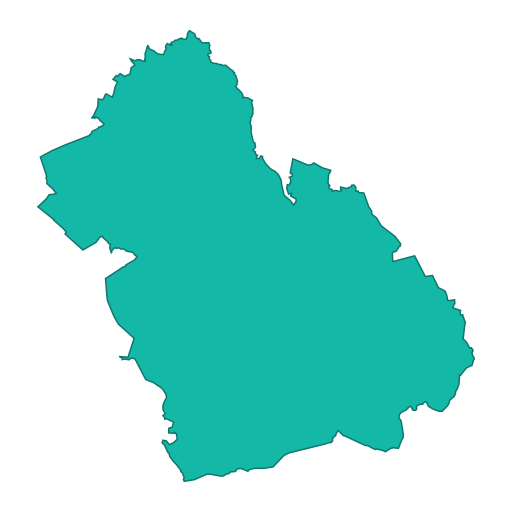 Tullamore Lea-7, Offaly, Ireland (Albers equal-area conic projection)
{"feature_id": "5873133B47279722730616", "entity_name": "Tullamore Lea-7", "entity_type": "district", "adm_level": 2, "iso_a3": "IRL", "parent_name": "Ireland", "parent_adm1": "Offaly", "projection": "albers", "projection_center": [-7.574, 53.293], "detail": "fine", "context": "isolated", "style": "filled", "palette": "teal", "viewbox_px": 512, "rotation_deg": 0, "n_neighbors": 0, "source": "geoboundaries", "source_scale": "gbopen_adm2", "svg_char_len": 5365}
<svg xmlns="http://www.w3.org/2000/svg" viewBox="0 0 512 512"><path d="M371.8,211.6L368.6,206.3L363.8,193.0L358.8,192.5L357.9,191.0L355.7,191.1L355.8,187.2L354.0,185.0L351.7,185.2L351.4,186.5L346.7,188.5L340.6,187.0L340.6,189.4L341.4,189.7L341.7,190.5L339.8,191.4L335.9,190.5L334.5,190.5L333.2,191.2L332.1,191.0L332.1,189.5L329.6,188.8L329.1,187.8L328.8,186.3L329.8,185.8L329.7,185.4L328.5,184.4L328.0,182.1L328.7,174.2L330.4,171.8L330.7,170.3L322.5,167.9L313.8,162.9L311.1,164.8L307.9,165.1L292.9,158.8L290.3,172.5L290.5,173.5L292.1,173.5L292.5,176.1L289.3,177.3L290.6,179.0L290.6,183.0L290.2,182.9L289.2,185.2L287.3,184.7L286.7,188.3L288.6,194.1L291.6,193.4L290.7,196.1L296.1,199.0L296.1,201.2L293.8,205.0L289.7,200.0L284.1,195.2L281.7,184.9L281.1,179.9L278.4,174.7L274.8,171.1L272.1,169.9L269.8,168.1L265.4,163.4L262.4,157.9L262.6,156.6L260.9,155.9L259.3,158.5L256.4,158.6L256.9,155.8L257.4,155.4L255.5,153.8L255.0,152.7L255.4,152.0L252.9,150.4L255.5,147.0L254.9,142.9L253.4,142.2L251.1,132.5L251.2,126.0L250.4,124.6L250.2,121.7L250.8,120.4L250.8,117.4L251.8,116.7L253.0,113.5L252.7,112.2L253.1,108.7L251.5,102.7L252.5,100.4L247.8,97.9L243.7,97.3L243.1,97.8L242.7,94.6L241.0,92.0L235.6,86.8L236.9,84.7L237.5,80.9L235.7,75.5L234.0,73.4L234.5,72.6L233.7,72.2L232.7,70.6L231.2,69.9L225.7,65.2L223.1,65.5L220.6,64.4L219.3,64.6L216.3,63.4L214.3,63.4L210.7,62.4L210.9,60.8L209.1,58.7L209.5,56.6L208.3,56.1L207.9,55.1L207.9,54.1L210.7,53.3L211.1,52.7L210.6,50.9L209.6,50.1L209.2,47.1L209.9,45.7L208.9,42.7L202.0,42.9L199.0,38.6L197.9,39.0L195.5,36.9L194.9,34.2L189.7,30.7L188.9,31.1L187.3,34.3L187.4,36.1L186.2,39.1L183.3,39.3L181.9,38.1L181.3,38.8L180.5,38.4L178.3,39.2L177.8,40.0L174.9,40.3L173.9,41.8L171.5,42.3L171.4,43.4L170.8,43.5L171.9,44.9L171.0,45.4L167.3,43.5L165.8,45.6L165.5,47.5L166.2,49.1L164.6,51.4L163.7,54.5L160.1,54.4L157.4,53.7L153.9,50.9L149.8,49.0L148.5,47.6L148.8,46.6L147.6,45.7L145.0,54.1L145.3,56.4L144.7,59.8L145.4,61.2L142.5,61.0L140.2,59.8L137.2,59.7L134.8,60.8L130.3,58.9L131.8,61.5L134.1,63.8L134.7,65.1L131.2,67.7L130.0,74.0L125.1,76.1L124.9,76.6L120.1,73.6L118.2,75.7L116.7,76.1L116.1,75.6L113.0,79.4L117.5,82.0L115.1,86.9L113.8,93.0L112.4,97.2L106.4,94.0L105.5,94.2L103.9,98.0L102.3,99.8L98.2,98.9L97.8,106.4L93.6,115.6L91.9,117.8L93.0,118.1L93.4,117.5L94.8,118.3L94.9,116.9L95.8,116.8L97.4,118.0L98.5,118.1L99.7,120.1L104.1,124.1L103.8,124.6L101.8,126.4L101.2,126.1L100.6,127.0L99.5,127.3L98.9,126.9L98.3,128.1L97.2,128.9L92.1,131.3L91.2,133.7L90.0,134.3L89.6,135.4L64.7,145.1L51.9,150.7L40.4,157.0L46.4,175.2L46.6,176.6L46.0,177.7L47.0,180.4L46.9,183.6L53.0,189.1L56.2,193.5L53.3,194.3L49.2,194.6L46.3,198.9L37.9,206.8L52.0,218.1L53.9,219.7L53.7,220.1L63.3,228.6L66.2,232.0L65.1,234.0L82.9,250.0L96.1,242.3L99.7,237.3L102.5,236.2L103.0,237.7L107.2,241.3L109.0,243.7L110.4,244.2L109.7,247.8L111.3,252.7L111.8,252.1L111.6,251.0L114.4,247.8L116.5,248.3L118.7,247.8L121.2,249.1L123.3,248.8L126.8,251.2L133.1,252.4L134.3,254.6L136.9,256.5L136.7,257.6L135.5,258.4L134.8,259.8L125.9,264.9L125.9,266.0L123.0,267.1L105.5,278.6L107.1,298.5L107.9,301.8L114.1,316.6L118.4,324.1L134.1,338.3L128.0,357.2L119.9,356.6L120.2,357.3L121.7,357.4L122.2,359.6L122.9,359.2L125.2,359.2L129.0,359.8L130.5,358.5L132.2,358.0L135.1,359.1L145.7,379.5L153.8,382.8L161.2,387.8L162.6,389.1L166.1,394.6L166.5,397.8L164.3,401.7L162.9,405.7L163.0,409.7L165.2,413.6L162.9,415.7L164.1,416.7L164.9,419.3L166.4,418.7L173.6,422.1L172.1,427.2L168.8,428.2L168.7,432.9L174.5,433.3L174.8,432.4L176.8,434.3L176.5,435.4L177.3,438.5L176.8,439.6L172.7,443.5L172.3,443.2L169.3,444.6L166.1,440.7L164.9,440.9L163.1,440.1L162.1,442.6L164.6,445.4L167.9,452.5L168.9,453.0L169.8,456.6L173.4,461.4L176.2,464.3L180.4,469.8L180.9,471.6L183.0,473.7L183.1,475.2L184.2,477.1L183.4,479.5L184.3,481.3L194.3,479.7L205.7,474.7L208.0,474.1L209.8,474.1L221.4,476.2L223.3,475.9L227.0,473.8L228.7,473.7L231.1,471.7L234.4,471.7L235.8,471.1L236.4,469.3L239.1,468.6L241.2,468.5L248.0,471.3L248.6,470.0L253.7,468.4L264.1,468.3L273.1,466.9L283.9,455.5L289.3,452.8L325.6,443.9L327.7,442.9L331.0,442.5L332.5,441.2L332.5,438.5L335.8,435.3L336.1,433.6L338.1,430.5L343.5,435.7L344.8,435.9L365.3,445.5L367.7,445.6L375.0,449.5L376.4,449.0L382.8,450.4L384.9,451.6L385.9,451.6L387.5,450.2L389.6,449.4L390.4,448.3L392.9,448.0L393.5,447.4L395.0,448.1L396.2,447.9L397.7,448.4L398.6,448.0L401.5,440.4L403.3,437.2L403.3,434.2L401.1,420.9L399.1,418.1L399.0,416.9L399.4,414.7L401.0,412.6L406.3,409.8L408.0,408.2L407.9,407.7L410.7,406.1L412.9,410.2L415.7,410.3L416.7,409.0L416.4,406.3L417.6,405.4L420.1,404.2L422.5,404.4L424.4,402.1L426.4,402.0L428.3,406.1L429.5,407.0L433.2,409.1L438.6,411.2L442.1,411.3L447.6,405.8L449.1,402.9L449.6,400.3L454.2,396.4L455.4,393.8L455.6,391.6L457.6,388.2L459.0,383.8L459.5,375.1L460.4,375.4L466.3,368.0L472.1,365.2L473.4,360.1L474.1,359.4L474.1,357.8L472.8,355.8L471.9,352.7L473.1,350.6L471.4,347.7L469.6,348.1L466.8,342.6L462.8,338.4L463.2,338.4L464.9,323.7L465.4,322.9L462.6,314.7L460.5,314.8L460.1,312.3L460.6,310.5L452.9,307.9L454.0,304.4L454.8,303.8L454.6,299.7L449.9,300.6L447.6,300.3L446.9,295.8L445.2,291.2L438.4,287.6L432.5,275.5L425.3,276.5L414.6,255.8L392.8,261.6L392.3,253.4L393.5,251.8L395.5,251.6L396.5,250.8L399.3,246.4L400.2,246.2L400.7,243.9L394.9,236.3L381.4,226.0L376.4,217.7L372.5,214.9L371.4,212.4L371.8,211.6Z" fill="#14b8a6" stroke="#0f766e" stroke-width="1.5"/></svg>